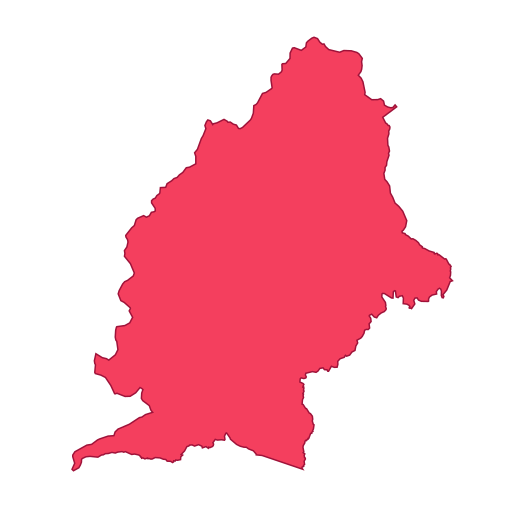 Mufulira, Copperbelt, Zambia, rotated 267°
{"feature_id": "96606910B37180348733704", "entity_name": "Mufulira", "entity_type": "district", "adm_level": 2, "iso_a3": "ZMB", "parent_name": "Zambia", "parent_adm1": "Copperbelt", "projection": "mercator", "projection_center": [28.196, -12.561], "detail": "fine", "context": "isolated", "style": "filled", "palette": "rose", "viewbox_px": 512, "rotation_deg": 267, "n_neighbors": 0, "source": "geoboundaries", "source_scale": "gbopen_adm2", "svg_char_len": 5978}
<svg xmlns="http://www.w3.org/2000/svg" viewBox="0 0 512 512"><g transform="rotate(267 256 256)"><path d="M67.2,192.4L68.3,196.1L66.5,198.3L67.6,198.9L67.0,199.8L68.0,202.5L68.9,203.4L70.4,203.8L71.8,203.2L75.0,205.7L74.2,207.8L74.3,212.0L73.7,214.9L74.4,215.4L77.7,215.1L80.6,216.6L80.8,217.4L75.8,220.5L74.4,220.9L68.9,226.7L66.9,230.2L65.7,233.9L65.5,236.4L63.8,238.4L61.6,243.2L58.2,245.8L57.4,245.8L56.5,251.6L40.6,291.5L41.8,290.8L42.8,291.0L43.4,292.6L44.4,292.5L45.3,293.6L48.5,293.3L50.7,294.7L51.7,294.6L52.1,293.9L54.6,293.7L55.8,294.4L57.1,292.8L58.0,293.5L62.4,292.9L64.1,293.2L66.7,294.9L68.4,295.2L69.3,296.0L69.0,296.8L69.9,297.3L70.3,298.4L71.1,298.4L71.2,299.2L75.8,301.2L76.1,302.4L76.9,302.3L77.9,303.7L78.6,303.4L80.3,304.3L84.4,305.1L84.9,304.4L88.3,303.6L90.1,304.1L93.1,303.9L95.8,302.1L96.3,301.0L101.0,298.4L101.1,297.6L105.2,295.3L105.6,294.3L110.1,294.9L112.3,296.1L113.8,295.7L115.6,296.2L116.0,295.6L118.6,296.9L119.5,296.4L121.5,296.9L122.1,296.3L122.2,296.8L122.8,296.8L123.4,296.1L125.3,297.1L126.3,296.2L127.9,293.2L131.0,293.7L131.9,294.7L131.1,297.4L131.6,299.3L132.6,299.9L134.6,299.1L136.3,299.6L137.6,306.3L136.7,309.9L137.8,311.8L140.4,313.9L140.8,317.1L138.9,318.4L138.7,320.9L137.2,321.6L137.1,322.4L141.9,325.5L140.7,328.4L140.7,331.2L143.6,332.1L146.5,332.1L149.0,334.6L150.2,338.8L152.1,340.1L151.2,341.2L152.1,344.3L155.1,346.8L156.5,349.9L160.9,351.0L163.9,353.0L166.6,352.4L168.5,356.3L170.1,357.9L173.2,359.8L176.2,360.6L176.9,362.2L176.7,364.2L178.1,365.7L182.3,365.4L184.5,367.5L187.9,367.3L190.2,365.9L190.9,366.2L191.8,368.5L188.9,370.9L188.0,373.3L190.5,375.1L192.6,378.1L193.8,381.2L195.6,383.0L196.6,383.3L198.9,382.7L199.8,383.1L202.9,382.8L208.5,379.5L211.5,379.8L212.0,380.4L211.8,382.3L207.0,389.1L206.8,390.6L213.1,391.3L214.1,392.5L213.8,393.4L207.8,393.9L207.0,395.7L208.3,397.1L208.7,400.0L206.3,401.0L200.7,400.5L200.0,404.2L198.7,406.3L197.6,407.0L196.7,406.3L195.9,406.4L195.8,408.0L195.3,408.6L199.8,412.1L203.4,411.2L205.6,412.5L205.8,414.6L203.5,416.0L202.1,418.7L201.6,425.5L201.9,426.0L204.1,426.1L206.0,427.1L207.8,429.9L208.6,434.4L211.0,434.2L213.4,436.1L214.2,437.5L213.2,438.8L211.2,439.3L206.8,439.0L204.7,439.7L204.4,440.8L205.8,441.5L207.6,440.7L212.0,444.7L220.3,448.6L221.0,450.9L224.1,448.2L226.5,449.2L230.0,449.6L230.8,449.2L232.9,449.8L233.9,449.5L235.5,450.3L236.4,449.3L237.3,449.2L237.8,448.2L242.8,445.9L243.3,445.4L243.1,444.2L247.6,439.0L247.7,437.7L248.5,437.7L249.3,436.8L248.7,434.7L249.0,434.1L250.2,434.1L252.0,429.1L254.6,424.9L255.1,423.2L255.6,422.4L256.5,422.6L258.6,420.0L260.8,418.9L263.3,416.3L265.0,413.6L264.9,411.9L267.9,409.1L269.5,406.4L270.6,406.0L271.5,403.3L273.1,403.1L274.1,404.5L277.4,406.9L283.4,408.4L293.0,404.9L298.1,401.2L301.6,397.6L307.5,395.6L311.8,393.5L319.0,393.1L323.3,390.7L325.8,388.6L331.8,388.0L335.0,389.4L337.7,389.5L339.7,391.1L343.3,391.6L349.7,394.1L351.6,393.7L353.8,394.8L358.0,394.3L359.6,393.5L366.7,393.5L371.0,395.1L373.9,395.1L375.8,396.2L377.8,396.5L379.3,395.8L379.5,394.8L381.4,393.5L381.9,392.5L387.9,389.8L397.6,404.3L399.6,402.8L397.1,400.4L397.0,398.2L397.9,395.3L399.9,392.2L404.0,391.5L406.6,388.7L405.8,385.8L406.0,379.8L411.4,373.0L413.7,373.5L424.4,371.9L428.1,370.3L431.2,367.6L434.6,370.4L437.0,371.3L440.6,371.9L444.5,371.6L447.8,372.5L452.6,369.3L454.0,367.4L455.9,362.0L456.6,354.5L455.1,350.2L458.3,339.5L461.6,336.3L464.2,335.0L464.0,333.4L466.1,331.0L469.9,328.8L471.4,325.4L470.6,323.1L467.7,318.9L466.2,317.5L462.1,316.7L459.0,312.0L462.0,305.1L461.7,303.3L456.9,300.7L451.5,300.3L446.7,295.8L446.6,292.5L446.0,291.9L440.2,291.8L438.6,291.0L436.4,288.0L436.9,283.8L436.5,282.4L435.0,281.1L433.7,280.4L430.6,280.2L423.2,280.9L422.5,280.5L418.8,274.5L418.0,271.0L408.8,265.5L407.3,264.0L406.3,261.7L398.7,260.8L393.8,258.7L392.1,257.5L385.0,249.2L384.0,246.8L384.3,245.2L387.8,243.3L388.8,240.3L391.1,237.3L391.0,235.0L392.0,234.4L394.1,231.2L391.0,224.0L390.3,220.3L389.5,219.7L393.4,217.5L394.4,215.0L392.6,213.5L389.0,211.8L385.8,212.6L379.0,209.5L376.2,207.6L365.6,203.1L362.3,200.1L358.6,201.1L351.2,200.7L348.2,194.3L347.8,191.0L343.3,187.3L341.0,183.7L338.6,181.4L337.6,178.1L335.6,175.8L332.9,171.0L329.3,169.4L329.3,164.1L324.0,163.3L323.2,162.7L321.5,160.1L319.1,158.5L318.2,156.2L316.7,154.6L314.5,154.5L308.9,157.8L306.3,157.8L305.5,156.5L305.1,153.8L301.8,151.7L300.5,148.6L302.2,145.9L299.9,139.8L298.5,138.2L292.8,136.1L290.6,133.3L283.4,127.0L281.8,127.1L279.0,128.6L276.6,128.9L271.7,127.5L268.3,124.9L265.3,125.2L262.6,124.6L254.9,130.2L245.4,133.6L242.5,132.4L238.4,126.5L237.2,123.5L235.0,121.4L228.7,117.6L225.4,116.4L218.5,118.7L216.6,121.9L210.9,127.7L210.0,127.8L207.8,126.5L201.2,129.6L195.8,126.4L193.4,121.4L192.7,113.3L192.2,112.9L189.3,112.0L182.4,111.2L179.5,111.6L178.0,112.5L169.7,113.2L164.7,110.4L159.7,103.5L161.3,101.3L162.5,97.2L166.8,91.0L159.8,89.1L157.1,89.4L155.8,90.0L148.2,88.9L147.0,89.4L145.2,94.8L142.6,99.3L134.4,104.2L125.9,107.6L125.7,108.1L126.2,110.0L122.6,117.9L122.5,123.0L125.7,128.7L130.7,133.3L129.8,134.8L128.6,136.1L125.1,134.7L119.8,134.1L117.5,135.3L112.2,141.6L107.5,143.0L105.3,144.6L103.4,137.3L101.1,133.6L100.7,131.1L94.6,120.7L90.4,109.2L87.7,106.1L84.0,104.7L83.9,98.9L81.5,90.3L80.6,88.1L76.5,82.0L76.0,77.2L70.0,64.9L66.8,62.6L65.2,62.5L58.5,64.1L52.6,61.1L51.1,62.5L53.8,68.0L56.5,69.7L59.3,70.9L61.8,71.1L62.8,71.8L64.4,75.6L64.6,79.8L63.4,87.6L65.4,91.4L65.4,93.0L66.5,95.2L66.5,98.1L67.4,101.8L66.6,105.2L67.4,107.6L67.7,112.0L67.0,113.7L67.5,115.3L64.3,121.5L64.6,124.2L63.5,128.3L62.7,129.6L61.3,130.2L61.1,131.0L60.0,131.2L60.3,132.5L59.2,134.4L59.9,137.2L59.2,137.5L59.4,138.6L58.7,140.3L58.7,141.7L60.0,144.8L59.4,149.6L57.9,152.8L57.5,155.3L55.8,156.5L55.4,160.0L54.1,161.9L54.8,163.0L55.8,163.1L55.5,164.6L56.5,165.2L56.1,166.8L56.6,170.0L59.5,170.4L61.0,172.3L61.7,170.9L65.1,174.5L69.3,177.0L69.8,179.0L70.6,179.7L70.7,182.3L69.4,184.7L70.6,188.8L68.9,192.0L67.2,192.4Z" fill="#f43f5e" stroke="#9f1239" stroke-width="1.5"/></g></svg>